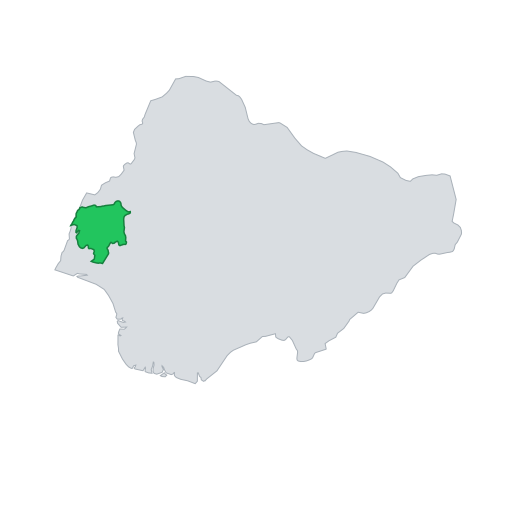 Oyo on a map of Nigeria (Mercator projection), rotated 21°
{"feature_id": "NGA-2856", "entity_name": "Oyo", "entity_type": "State", "adm_level": 1, "iso_a3": "NGA", "parent_name": "Nigeria", "parent_adm1": "", "projection": "mercator", "projection_center": [3.592, 8.111], "detail": "fine", "context": "in_parent", "style": "filled", "palette": "green", "viewbox_px": 512, "rotation_deg": 21, "n_neighbors": 0, "source": "natural_earth", "source_scale": "10m", "svg_char_len": 5775}
<svg xmlns="http://www.w3.org/2000/svg" viewBox="0 0 512 512"><g transform="rotate(21 256 256)"><path d="M408.5,111.7L422.6,131.5L425.5,146.2L426.7,153.4L429.0,154.3L433.4,154.7L436.5,156.1L438.5,158.5L439.6,160.7L439.9,162.1L439.0,170.8L437.9,174.0L438.5,178.3L438.3,180.2L437.8,181.4L435.8,182.9L433.2,184.3L426.8,188.5L425.0,189.1L422.3,189.2L420.0,190.2L417.3,192.5L411.4,200.8L406.3,209.2L402.6,222.8L398.1,227.0L397.3,230.8L396.6,239.2L395.9,241.8L395.2,242.5L390.4,244.1L387.7,246.1L386.0,249.9L383.9,262.9L383.1,265.0L381.6,267.3L379.1,269.7L377.0,271.0L371.5,271.9L366.2,281.7L366.2,283.4L363.9,292.2L359.8,298.9L359.6,303.2L354.5,309.0L351.9,313.0L354.6,317.2L354.8,317.9L346.2,324.9L345.6,326.0L345.3,330.8L344.6,332.2L343.0,333.9L340.7,335.9L338.3,337.4L335.6,338.5L333.0,338.9L331.6,338.3L330.8,336.8L329.3,330.8L328.6,329.5L326.9,328.4L320.2,321.8L316.2,319.5L315.3,319.7L314.7,320.3L313.5,323.6L312.4,324.8L310.3,325.3L306.6,325.3L303.9,324.8L303.3,324.2L302.0,321.6L293.7,327.6L290.8,328.9L287.1,336.0L281.9,339.5L278.3,342.5L268.6,352.1L266.7,355.0L264.8,359.2L260.7,377.2L254.0,388.5L253.1,390.9L252.8,390.8L251.9,391.8L249.3,391.2L248.1,389.1L246.6,388.7L243.8,385.7L243.2,386.2L246.1,393.9L245.0,397.0L236.9,397.0L229.9,398.1L225.1,398.0L222.7,396.9L221.6,394.0L221.2,394.3L220.9,395.8L219.4,397.1L214.0,397.3L211.6,395.3L209.7,393.1L207.6,392.1L207.9,393.0L210.3,395.2L210.0,398.3L205.7,401.9L202.9,402.1L201.2,400.6L200.3,398.0L199.9,394.3L198.7,391.8L198.1,391.8L198.9,395.9L198.9,399.7L201.0,402.7L197.8,403.6L194.0,403.7L193.5,402.6L193.0,400.1L192.4,399.5L191.6,403.6L183.7,404.8L182.6,404.6L182.4,403.9L183.0,402.7L182.9,400.9L181.1,402.3L180.8,405.2L179.9,405.6L176.9,405.2L173.6,403.7L168.3,400.1L161.8,394.2L160.8,391.6L158.9,388.3L155.5,379.3L156.2,378.9L157.7,379.4L158.4,378.6L155.7,378.0L155.1,377.3L155.0,375.3L155.1,372.9L159.2,371.6L160.1,370.2L160.7,368.7L155.6,370.9L150.9,368.4L149.9,366.8L150.4,365.7L155.9,365.6L157.8,364.4L156.6,364.0L154.5,364.1L153.8,363.3L153.8,361.5L153.2,361.9L152.3,363.5L149.1,364.7L147.2,363.5L147.0,360.8L146.6,359.6L145.1,358.7L139.5,351.6L132.5,345.7L126.3,341.6L116.9,339.7L97.2,339.8L96.1,339.2L97.3,338.3L99.0,337.7L105.4,334.4L104.3,333.9L97.7,336.0L95.5,336.2L92.6,340.1L73.2,341.0L73.3,339.2L74.1,334.0L75.3,330.4L74.0,326.0L73.7,322.1L74.5,320.9L74.8,319.4L74.6,309.2L75.6,307.7L75.6,306.7L73.6,302.4L73.6,299.0L73.3,295.8L72.6,294.4L73.4,282.0L73.1,278.9L73.7,276.7L74.1,271.4L74.0,266.1L75.3,257.8L83.6,256.7L85.6,253.5L86.8,249.4L86.4,245.3L89.1,241.7L92.4,238.5L92.2,235.1L93.1,234.0L94.7,233.2L96.9,232.8L99.4,231.1L100.8,228.0L102.1,223.2L100.0,219.8L100.0,219.0L100.8,217.2L102.1,215.4L103.2,214.8L105.6,215.3L106.4,214.5L107.9,209.2L107.8,207.7L105.5,204.1L104.3,194.4L103.6,193.1L101.9,191.3L97.2,184.5L97.3,181.2L99.3,177.1L100.6,175.0L102.3,173.9L102.7,173.0L102.2,171.8L101.3,170.9L101.1,169.0L101.9,166.4L101.7,163.5L102.1,148.8L105.9,145.9L111.4,141.1L114.2,136.0L115.7,132.2L117.5,119.5L120.5,118.1L126.0,113.5L133.5,110.8L138.3,110.0L146.9,110.5L151.2,110.0L154.9,107.5L156.6,106.8L158.9,106.4L180.2,113.0L182.1,112.7L183.7,113.2L186.4,114.9L192.7,121.1L199.3,130.6L201.3,132.6L203.3,133.7L205.4,134.1L207.0,134.0L208.5,133.1L210.6,131.3L213.7,130.4L216.3,130.6L229.5,123.3L230.8,123.2L239.0,124.8L250.1,132.1L259.1,136.9L265.5,138.5L273.0,139.6L285.7,140.0L295.4,129.7L298.9,127.5L303.2,125.4L312.2,123.5L327.0,122.2L341.0,122.8L349.6,124.6L358.8,127.9L362.7,131.1L368.9,131.7L373.3,131.0L374.8,127.8L379.2,123.7L385.9,119.8L391.3,117.1L395.8,115.9L399.8,112.8L403.0,111.8L408.5,111.7ZM214.5,401.3L211.5,402.2L209.6,402.0L212.3,397.9L213.6,398.8L215.4,399.2L214.5,401.3Z" fill="#d9dde1" stroke="#a8b0b8" stroke-width="1"/><path d="M72.1,293.8L72.1,293.6L72.2,293.4L72.5,292.8L72.6,292.5L72.7,290.5L73.1,288.6L73.2,286.7L73.3,286.2L73.5,285.6L73.8,285.1L74.1,284.5L74.1,283.9L73.9,283.2L73.3,281.9L73.0,281.2L72.9,280.5L73.0,279.9L73.2,278.6L73.2,278.3L73.1,277.7L73.3,277.1L73.9,276.4L74.2,276.0L74.4,275.0L74.3,274.0L74.5,273.9L76.1,272.5L76.7,272.5L77.3,272.5L79.8,272.0L80.5,271.5L81.1,270.8L82.7,269.4L83.5,269.1L83.7,268.8L84.2,268.4L84.8,268.0L86.0,266.9L86.7,266.5L87.4,266.3L87.9,266.3L88.4,266.4L88.7,266.7L89.0,266.9L89.3,267.3L89.7,267.2L93.4,265.5L94.7,264.5L96.0,263.9L97.3,262.9L103.6,259.7L104.4,259.2L104.9,258.5L105.2,256.5L106.0,255.0L107.4,254.0L108.9,253.8L110.3,254.5L111.2,255.6L111.9,257.0L113.0,258.0L114.4,258.7L118.0,260.0L120.3,260.5L121.2,260.5L122.7,259.6L123.2,260.8L122.1,262.3L121.1,262.9L120.3,263.7L119.9,264.4L119.2,265.1L118.8,267.0L119.2,268.9L121.9,275.0L123.0,276.6L124.0,280.8L125.2,282.4L125.9,283.1L126.7,283.6L127.8,285.4L128.7,288.3L129.1,289.0L129.6,289.1L130.1,289.4L130.3,290.4L130.3,291.5L130.0,291.9L129.8,292.1L129.2,292.2L128.6,292.4L128.0,292.8L127.5,293.2L127.4,293.1L127.2,293.3L127.0,293.6L126.8,293.8L125.9,294.4L125.3,295.1L124.0,294.8L122.9,293.0L122.1,292.2L121.1,291.9L120.5,292.6L119.9,293.4L119.5,293.6L119.3,293.9L119.3,294.6L117.7,295.7L115.7,295.2L115.2,296.6L115.0,298.6L114.9,299.5L114.6,300.4L114.1,301.2L114.1,302.1L114.7,302.8L115.5,303.3L116.2,304.2L116.7,305.2L117.3,305.9L117.5,306.8L115.4,318.0L114.5,318.1L113.5,318.2L112.5,318.5L111.7,319.1L109.8,319.6L106.0,320.1L104.1,320.0L105.0,318.6L106.1,317.0L105.8,315.2L105.6,314.7L105.5,314.2L105.5,313.6L105.3,313.1L104.4,312.6L103.5,312.0L103.4,311.4L103.4,309.7L102.4,308.2L99.3,308.1L98.4,308.5L97.5,309.0L96.6,308.5L96.0,307.0L94.9,306.1L93.6,307.0L92.4,310.1L91.2,311.1L89.4,311.2L87.8,310.6L85.6,308.7L84.2,306.1L83.2,304.8L81.9,303.8L81.3,302.1L81.3,301.5L82.4,298.3L82.2,295.6L81.1,295.7L80.6,297.0L80.3,298.6L79.5,298.5L78.9,296.8L78.8,293.3L78.0,291.8L75.0,291.7L72.3,293.6L72.1,293.8Z" fill="#22c55e" stroke="#15803d" stroke-width="1.5"/></g></svg>